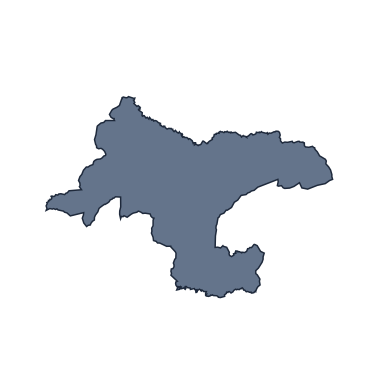 Rio Verde, Goiás, Brazil, rotated 139°
{"feature_id": "56859067B61062500019904", "entity_name": "Rio Verde", "entity_type": "district", "adm_level": 2, "iso_a3": "BRA", "parent_name": "Brazil", "parent_adm1": "Goiás", "projection": "mercator", "projection_center": [-51.014, -17.719], "detail": "fine", "context": "isolated", "style": "filled", "palette": "slate", "viewbox_px": 384, "rotation_deg": 139, "n_neighbors": 0, "source": "geoboundaries", "source_scale": "gbopen_adm2", "svg_char_len": 6073}
<svg xmlns="http://www.w3.org/2000/svg" viewBox="0 0 384 384"><g transform="rotate(139 192 192)"><path d="M176.0,292.5L177.4,292.7L177.8,296.9L176.4,297.1L175.9,299.7L175.1,299.4L173.6,300.4L174.5,300.9L177.4,305.7L178.6,305.6L179.9,306.3L181.5,308.7L182.8,309.1L183.3,308.2L183.9,308.4L190.0,304.9L193.0,305.2L197.3,306.4L198.9,306.3L203.4,304.7L204.1,301.4L203.4,299.3L202.6,298.5L203.3,297.9L203.6,296.8L210.4,302.7L213.0,302.4L215.5,303.8L220.0,303.9L220.8,303.5L226.8,298.3L231.2,295.5L233.5,291.1L233.7,289.6L234.9,288.0L234.1,285.9L232.0,284.6L231.4,282.7L231.3,280.0L232.2,277.1L233.3,276.3L234.9,277.0L237.9,276.7L239.6,277.1L242.3,279.0L244.2,279.5L246.1,279.5L248.8,277.7L251.7,278.8L254.0,279.0L255.4,280.2L259.7,279.6L263.6,277.6L266.5,277.1L270.1,275.1L270.7,272.4L272.2,270.3L273.5,269.9L273.9,266.2L284.0,273.6L286.6,273.2L287.9,273.8L289.8,273.6L292.1,276.7L293.9,277.9L295.3,277.7L296.6,279.4L298.3,278.9L299.2,279.2L300.4,280.9L301.2,281.2L301.5,279.6L302.5,279.0L303.8,279.0L304.0,279.6L305.6,279.1L305.9,279.7L306.8,278.9L308.5,279.3L308.9,278.2L311.2,277.2L312.6,274.0L313.2,274.3L314.1,273.8L310.2,272.8L308.6,270.7L307.4,270.3L306.4,268.3L305.0,267.9L304.9,266.4L301.5,261.8L301.5,260.5L300.1,258.3L299.5,253.8L287.3,247.5L289.1,245.8L292.0,244.2L294.0,239.6L294.2,235.1L292.3,235.0L290.3,233.8L289.1,234.6L286.3,235.2L284.1,234.9L282.2,236.9L280.1,237.9L276.1,238.8L273.0,240.6L271.1,240.6L266.2,240.2L265.9,239.7L263.0,239.1L260.9,239.0L258.9,239.7L256.9,239.0L255.7,239.2L255.0,238.6L252.9,238.6L249.2,235.0L255.6,227.5L259.0,225.1L261.2,222.7L263.4,218.7L261.3,219.9L260.3,218.6L258.9,218.7L257.5,215.5L252.2,215.1L250.1,214.6L246.9,212.9L245.1,212.8L243.9,210.7L243.2,208.1L241.3,206.8L238.0,202.9L238.9,200.5L238.7,198.3L237.9,197.2L239.8,196.3L243.5,192.1L246.2,191.1L248.0,188.7L249.6,187.6L251.1,183.3L252.9,180.6L251.4,178.2L251.5,176.2L249.8,174.6L246.8,167.7L243.6,165.0L244.0,164.5L243.8,157.8L244.3,156.2L247.6,152.7L249.2,152.5L252.7,150.6L253.3,148.9L254.6,147.4L256.7,146.7L258.1,147.5L259.9,146.0L260.9,144.0L262.5,143.0L261.6,134.2L263.2,134.7L264.4,133.7L265.3,132.0L265.5,129.3L267.8,128.1L265.0,126.6L264.2,127.3L264.8,129.3L264.6,129.8L263.4,128.4L262.6,128.3L262.4,127.4L263.7,126.7L263.3,125.8L261.2,125.0L261.0,123.0L260.1,123.2L259.7,124.8L259.1,125.1L258.2,124.3L258.4,123.1L256.4,120.7L257.1,119.5L253.6,117.6L253.9,116.4L253.4,115.9L254.9,113.6L254.3,113.2L253.3,113.4L252.7,115.1L252.2,115.0L252.1,114.0L250.2,113.8L249.7,112.4L250.1,111.9L249.9,111.1L248.8,111.4L248.4,109.1L246.5,107.4L248.3,106.5L248.9,105.8L248.1,105.3L249.5,104.9L249.5,104.2L247.9,102.3L246.1,101.6L245.5,101.9L244.8,101.0L244.1,101.0L243.7,99.7L241.4,97.5L240.9,95.8L241.2,95.3L239.8,93.7L235.8,91.8L234.9,93.1L232.7,92.9L231.6,93.7L230.8,92.6L230.0,92.9L229.1,92.3L228.8,90.2L226.6,89.8L225.1,90.3L223.0,90.1L222.4,88.9L221.7,88.9L220.3,87.3L218.8,87.3L218.4,86.7L217.0,86.8L216.8,85.6L217.2,85.1L217.3,83.9L216.6,83.5L216.5,81.1L215.1,80.3L214.4,78.6L213.1,77.6L213.5,76.8L212.3,75.9L211.1,75.4L210.4,75.7L209.3,74.9L208.9,75.8L208.2,75.7L206.6,76.6L204.3,77.3L201.6,77.2L199.6,80.5L197.9,81.7L197.1,86.6L197.4,88.6L195.5,90.8L191.8,91.0L185.2,93.0L182.5,94.6L180.9,96.4L177.6,98.5L179.2,102.2L178.0,108.8L179.1,111.3L179.7,111.7L183.5,111.0L184.7,112.1L186.3,112.0L187.2,112.7L189.6,111.4L191.9,111.7L193.8,113.8L194.4,113.5L195.4,115.9L196.6,116.8L196.3,117.3L197.6,118.8L199.1,118.0L198.7,117.6L199.1,117.0L201.2,118.1L201.9,116.9L204.5,117.3L205.3,119.5L204.5,121.2L203.4,122.0L202.1,127.5L204.0,130.5L203.9,131.2L207.1,131.0L208.8,133.5L210.9,135.0L203.1,143.5L198.3,147.5L197.7,149.0L195.9,150.7L194.3,151.4L189.4,155.4L188.1,155.3L185.4,156.4L181.8,155.1L178.1,155.9L177.3,155.1L172.3,154.4L166.8,156.5L162.8,155.9L157.1,157.2L152.9,154.6L150.6,154.7L148.6,153.9L146.5,153.8L144.0,152.5L139.2,152.5L118.9,145.2L120.2,143.2L123.4,140.8L122.9,139.7L120.3,138.1L120.4,135.3L119.7,133.9L115.7,130.9L114.1,130.3L111.3,129.3L104.8,128.5L106.4,123.0L102.8,118.3L93.0,114.8L85.9,110.9L80.6,110.4L77.6,109.3L76.4,111.8L75.0,113.4L73.0,117.7L72.4,121.4L72.5,125.5L70.3,127.3L69.9,129.2L72.0,135.6L71.1,140.1L71.2,143.4L70.4,145.0L71.0,145.6L71.1,147.4L74.5,149.1L76.8,151.6L76.8,153.2L75.0,155.4L75.7,156.2L75.5,156.9L76.7,157.7L77.9,159.1L77.8,159.8L78.8,160.7L82.7,162.2L83.4,163.3L83.1,164.5L87.3,166.8L89.2,168.8L91.7,169.7L91.7,172.4L90.2,174.2L90.3,175.8L88.1,177.1L86.9,179.6L87.0,181.0L88.1,182.3L89.2,183.0L90.0,182.9L90.5,183.6L93.8,184.5L95.1,185.9L96.8,185.8L96.3,187.4L97.4,187.5L100.0,191.2L100.0,192.0L101.9,192.2L101.9,193.1L103.1,193.4L104.2,194.9L105.5,194.1L106.8,194.3L108.6,195.1L108.5,196.0L109.0,197.2L109.7,197.4L112.9,197.3L114.6,198.0L114.9,197.4L115.5,199.5L116.5,200.4L116.4,201.0L118.6,201.0L118.2,203.0L119.0,204.0L120.0,208.5L123.1,210.6L123.0,211.4L123.5,211.8L124.2,211.5L124.6,212.7L125.4,213.1L125.6,214.8L126.8,214.8L127.7,216.0L128.5,215.7L129.1,216.1L129.7,217.6L130.8,218.4L130.9,219.2L132.7,219.4L133.1,218.6L134.8,220.1L135.4,220.3L135.8,219.7L137.5,220.8L139.3,219.4L141.5,219.5L142.2,218.3L145.5,218.9L148.0,218.8L148.3,218.3L149.1,218.7L150.0,222.9L150.5,223.3L154.1,222.1L155.4,222.5L155.8,223.0L156.9,223.0L157.3,224.7L158.2,225.8L158.8,225.9L157.8,226.5L157.4,226.2L157.0,226.8L158.5,228.2L159.2,227.9L158.2,230.6L158.7,233.5L159.2,234.3L160.0,234.1L160.1,236.4L162.0,238.2L161.8,238.9L163.2,239.5L163.1,240.2L162.4,239.9L162.8,241.4L161.5,241.6L161.3,242.4L162.3,242.5L161.9,243.5L162.5,245.1L162.2,245.6L163.7,245.5L164.2,247.4L164.1,249.4L165.9,249.3L166.0,250.9L165.4,252.0L165.9,252.2L166.1,253.8L166.8,254.0L167.6,255.2L169.4,255.8L169.7,256.4L169.9,258.5L169.4,259.5L170.3,260.4L170.9,260.0L171.6,261.1L171.6,262.8L172.2,263.0L171.8,264.1L170.8,264.5L171.9,266.5L172.1,268.8L173.1,270.3L174.3,270.6L174.0,272.4L175.2,272.7L175.1,276.1L176.7,275.3L176.8,277.8L178.2,278.0L178.0,281.0L178.5,281.5L179.5,281.5L179.7,282.3L177.5,284.5L178.5,288.9L178.2,289.4L176.6,288.7L176.4,289.4L177.0,289.3L176.5,289.9L175.6,289.9L176.0,292.5Z" fill="#64748b" stroke="#1e293b" stroke-width="1.5"/></g></svg>